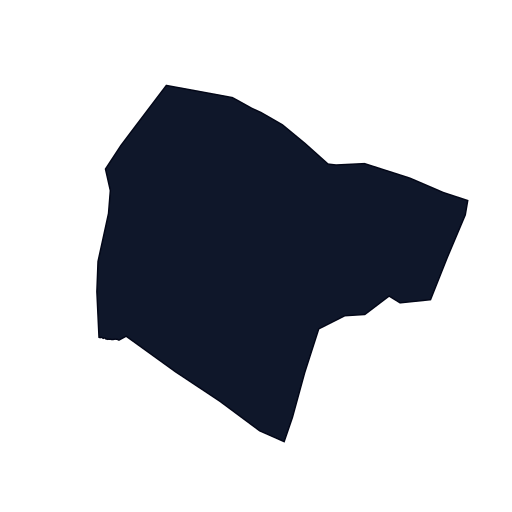 Asgat, Sühbaatar, Mongolia, rotated 119°
{"feature_id": "93677404B69678463866737", "entity_name": "Asgat", "entity_type": "district", "adm_level": 2, "iso_a3": "MNG", "parent_name": "Mongolia", "parent_adm1": "Sühbaatar", "projection": "orthographic", "projection_center": [114.184, 46.119], "detail": "fine", "context": "isolated", "style": "filled", "palette": "ink", "viewbox_px": 512, "rotation_deg": 119, "n_neighbors": 0, "source": "geoboundaries", "source_scale": "gbopen_adm2", "svg_char_len": 1151}
<svg xmlns="http://www.w3.org/2000/svg" viewBox="0 0 512 512"><g transform="rotate(119 256 256)"><path d="M404.7,141.4L379.5,145.9L334.3,156.9L289.3,165.8L265.2,149.4L254.4,132.5L226.5,120.2L227.1,107.3L209.6,82.2L164.5,88.0L118.6,92.9L104.9,97.7L109.7,123.0L113.3,159.0L122.6,205.9L137.6,230.1L140.7,237.6L133.9,267.4L128.5,296.4L128.1,320.9L128.9,331.3L128.9,352.5L129.0,352.8L129.0,353.0L128.9,353.4L150.3,417.1L202.6,424.6L224.7,427.7L252.9,429.8L269.4,415.1L290.3,405.6L337.4,391.5L364.3,377.9L403.2,353.9L403.0,352.9L402.9,352.7L402.7,352.4L402.4,352.3L402.1,352.1L402.0,351.6L402.0,350.9L402.0,350.2L402.1,349.9L402.1,349.7L401.4,349.1L401.0,348.6L400.9,348.3L401.0,348.0L401.1,347.7L401.3,347.1L401.3,346.8L401.2,346.6L401.1,346.4L400.9,346.1L400.8,345.8L400.8,345.4L400.7,345.2L400.4,344.9L400.2,344.6L400.0,344.1L399.6,343.4L399.2,342.8L399.2,342.4L399.1,342.0L399.0,341.7L398.8,341.3L398.1,340.2L397.5,339.6L397.0,338.9L396.7,338.3L396.6,337.9L396.5,337.7L396.2,337.2L396.1,336.8L396.1,336.4L396.1,335.9L396.0,335.1L389.1,330.7L396.3,270.2L400.5,217.5L407.1,168.0L404.7,141.4Z" fill="#0f172a" stroke="#020617" stroke-width="1.5"/></g></svg>